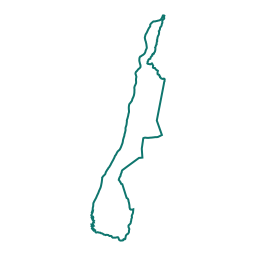 the district of Malhada, Bahia, Brazil
{"feature_id": "56859067B5256800921845", "entity_name": "Malhada", "entity_type": "district", "adm_level": 2, "iso_a3": "BRA", "parent_name": "Brazil", "parent_adm1": "Bahia", "projection": "natural_earth1", "projection_center": [-43.629, -14.13], "detail": "fine", "context": "isolated", "style": "outline", "palette": "teal", "viewbox_px": 256, "rotation_deg": 0, "n_neighbors": 0, "source": "geoboundaries", "source_scale": "gbopen_adm2", "svg_char_len": 5850}
<svg xmlns="http://www.w3.org/2000/svg" viewBox="0 0 256 256"><path d="M162.9,15.5L162.6,16.2L162.4,16.8L162.0,17.7L161.6,18.4L161.2,19.0L160.9,19.5L160.2,20.0L159.5,20.3L158.9,20.5L158.2,20.6L157.5,20.8L156.9,21.0L156.1,21.1L155.6,21.3L154.9,21.4L153.9,21.4L153.3,21.5L152.7,22.0L152.4,22.3L151.7,22.8L150.8,23.8L150.2,24.7L150.2,25.4L150.3,26.0L149.8,27.0L148.9,28.1L148.0,29.9L146.9,32.3L146.3,33.4L145.8,34.1L145.4,35.1L145.2,36.0L144.8,37.6L144.9,38.3L145.2,39.8L145.4,40.6L145.8,41.6L146.0,42.7L146.3,43.8L146.7,46.8L146.8,47.8L146.6,48.6L146.2,49.3L145.9,50.0L145.6,50.8L145.4,51.8L145.1,52.5L144.5,53.6L143.2,54.8L142.1,55.4L141.1,56.2L140.4,56.4L139.9,57.0L139.5,57.9L139.4,58.6L139.3,60.7L139.5,61.7L139.8,62.9L140.1,64.1L140.5,65.1L140.5,65.9L140.5,67.0L140.1,67.6L139.7,68.1L139.1,68.6L138.2,69.3L137.6,70.1L137.2,70.7L136.0,71.9L135.7,72.5L135.5,73.3L135.5,74.0L135.8,74.6L136.2,76.1L136.4,76.7L136.3,77.4L136.1,78.3L136.0,79.4L136.0,80.4L136.1,81.3L136.1,82.1L136.1,83.0L135.8,83.8L135.5,84.5L135.2,85.2L134.7,86.1L134.5,86.9L134.3,87.7L134.4,89.0L134.5,89.8L134.4,91.0L134.4,92.4L134.2,93.9L133.9,95.4L133.7,96.0L133.1,97.5L132.4,98.9L132.0,100.4L131.6,101.3L130.9,102.1L130.2,103.1L129.6,103.7L129.3,104.3L129.1,105.0L129.0,105.6L128.9,106.4L128.8,107.2L128.8,108.4L128.9,110.0L129.0,111.0L129.0,112.0L128.4,114.2L128.2,115.6L127.8,117.1L127.5,118.3L127.1,119.4L126.8,120.6L126.9,121.6L126.8,122.3L126.7,123.0L126.6,124.0L126.4,125.1L125.9,126.7L125.6,127.5L125.5,128.3L125.5,129.3L125.6,129.9L125.4,130.9L125.2,131.8L125.0,132.7L124.5,134.3L124.3,135.9L123.7,137.6L123.0,140.1L122.8,141.8L122.4,143.4L122.1,144.1L120.9,147.3L120.0,149.1L119.7,149.6L118.4,150.8L117.6,151.6L116.9,152.8L115.9,154.8L115.5,155.3L115.0,155.9L114.4,157.5L113.6,159.1L113.1,160.1L111.8,162.4L110.9,164.1L110.5,165.0L109.9,165.9L109.3,167.0L108.3,168.1L107.9,169.0L107.4,169.5L107.0,170.2L105.8,172.2L105.4,173.7L105.1,174.3L104.0,175.4L103.2,176.2L102.1,177.7L102.2,178.3L101.7,182.4L101.1,185.5L100.7,187.1L100.3,188.2L99.1,190.8L98.3,193.0L97.1,195.5L96.1,197.9L95.0,199.9L94.5,200.8L94.1,201.6L93.4,203.1L93.3,203.8L93.2,206.2L92.8,207.7L92.6,210.2L92.2,211.4L92.9,211.1L92.7,212.1L92.1,213.4L91.7,214.4L91.3,215.2L92.0,216.0L91.5,217.3L91.8,218.0L92.1,217.1L92.4,216.4L93.0,216.6L93.3,217.3L93.1,218.2L93.0,220.1L93.5,220.3L94.0,220.8L93.4,221.3L93.9,222.5L93.3,222.6L92.9,223.0L92.4,223.9L93.0,224.5L93.4,225.2L92.4,225.3L91.6,225.0L91.8,225.7L92.9,226.2L91.9,226.6L92.3,227.0L92.4,227.5L91.9,228.5L92.3,228.9L92.7,229.4L93.2,228.4L93.6,228.7L93.6,229.7L93.8,230.5L94.7,230.1L95.2,230.3L95.3,231.8L96.0,232.5L96.6,232.5L97.6,232.2L98.5,232.4L99.2,232.7L100.3,232.7L100.9,233.2L101.6,233.3L102.3,233.5L103.0,233.9L103.6,234.5L105.0,234.8L105.6,235.1L106.6,234.8L108.2,235.0L109.5,236.0L110.8,235.9L111.5,236.1L111.8,236.8L112.3,237.3L112.9,237.7L114.0,237.6L115.1,237.7L117.6,237.2L118.2,237.4L118.5,238.0L119.1,239.8L119.7,240.2L120.1,240.5L120.9,240.6L121.5,240.5L122.2,240.5L122.8,240.4L123.3,240.2L123.3,239.5L123.8,239.1L125.1,239.1L125.4,238.7L125.3,238.1L125.5,237.5L125.7,236.8L125.8,235.9L126.0,235.5L126.4,234.9L126.9,234.4L127.3,234.1L128.1,233.7L128.9,232.3L129.0,231.8L128.9,230.9L129.1,230.0L129.3,229.4L129.2,228.5L128.9,228.0L128.5,227.1L128.5,226.4L128.5,225.6L128.8,225.1L129.2,224.8L129.7,224.3L130.3,223.7L130.6,223.2L130.8,222.5L130.8,221.8L131.1,221.2L131.2,220.4L131.3,219.7L131.4,218.9L131.7,218.2L131.9,217.7L132.0,217.0L131.7,216.2L131.9,215.3L132.5,214.1L132.8,213.3L133.0,212.7L133.1,211.6L133.1,210.8L133.3,210.0L133.3,209.3L132.5,209.6L132.0,209.6L131.4,209.6L130.8,209.6L130.1,209.2L129.8,208.4L129.5,207.2L129.5,206.6L129.4,205.1L129.2,204.1L129.1,203.5L128.9,202.3L128.6,201.7L128.5,200.9L128.4,200.2L128.2,199.5L127.9,198.9L127.4,198.4L126.6,197.9L122.3,184.2L121.7,184.0L121.1,183.8L120.8,182.9L120.5,182.2L119.9,181.7L119.6,180.9L119.3,180.3L118.8,180.0L118.8,179.4L119.0,178.8L119.4,177.8L119.8,177.0L120.1,176.5L120.6,175.8L120.6,174.8L120.9,174.2L121.1,173.6L121.4,172.8L121.7,172.2L121.7,171.5L122.0,170.7L122.3,170.2L127.8,166.1L139.0,157.9L140.7,157.8L142.4,157.6L141.8,149.1L141.8,148.5L141.9,147.7L142.1,146.5L142.3,145.1L142.5,143.6L142.9,141.0L143.0,140.0L143.3,138.2L144.2,137.8L144.9,137.7L145.6,137.7L146.3,137.8L148.1,137.9L149.2,137.8L149.9,137.7L150.5,137.7L151.0,137.6L151.8,137.6L152.3,137.5L153.3,137.4L154.1,137.3L154.6,137.2L156.1,137.1L157.1,137.1L158.1,136.9L160.7,135.6L161.9,135.0L157.1,121.4L156.8,120.5L163.7,84.8L164.1,82.5L164.2,81.9L164.5,81.4L164.6,80.9L164.5,80.2L164.7,79.4L164.4,78.8L163.8,78.6L163.1,78.9L162.5,78.9L162.0,78.7L161.3,78.5L160.9,78.0L160.4,77.6L160.0,77.2L160.1,76.4L159.2,75.6L159.2,74.9L158.8,74.6L158.2,74.4L157.7,74.3L157.5,73.4L157.5,72.7L157.9,70.8L157.2,70.3L156.5,70.1L156.0,69.5L155.3,68.8L154.9,68.0L154.1,68.0L153.3,67.9L152.9,67.5L153.0,66.5L153.2,65.6L152.7,65.0L152.5,64.3L151.9,63.4L151.3,63.7L150.9,64.0L150.3,64.3L149.5,64.2L149.0,64.0L148.5,64.0L147.8,63.8L147.4,63.5L147.7,62.9L147.5,62.2L147.7,61.4L148.2,60.9L148.4,59.8L148.9,59.2L149.7,59.0L150.3,58.8L150.5,57.9L150.7,57.2L151.2,56.7L151.6,56.1L152.3,55.6L152.2,54.7L152.8,53.9L153.4,54.0L153.9,53.7L154.1,52.7L154.5,52.3L154.9,51.7L155.1,50.9L155.3,50.0L155.4,48.9L155.4,48.1L155.1,47.6L155.4,47.2L155.6,46.7L155.8,46.1L155.9,45.3L156.4,44.8L156.7,44.1L156.5,43.4L156.7,42.7L156.8,41.9L157.2,41.3L157.2,40.6L156.9,40.1L157.2,39.5L157.3,38.9L157.4,38.4L157.5,37.6L157.7,36.9L157.9,36.2L158.5,35.2L158.8,34.5L158.9,34.0L159.0,33.2L159.1,32.7L159.0,31.9L158.8,31.2L159.4,30.6L159.7,29.7L160.0,28.9L160.0,28.1L160.3,27.3L160.9,26.7L161.4,26.0L161.6,25.4L161.7,24.7L161.9,23.8L162.3,23.0L162.4,22.5L162.3,21.9L162.3,21.2L162.4,20.7L162.8,19.9L163.4,19.4L163.8,19.1L164.2,18.5L164.2,17.8L163.9,17.3L164.0,16.5L164.4,15.8L163.9,15.4L162.9,15.5Z" fill="none" stroke="#0f766e" stroke-width="2"/></svg>